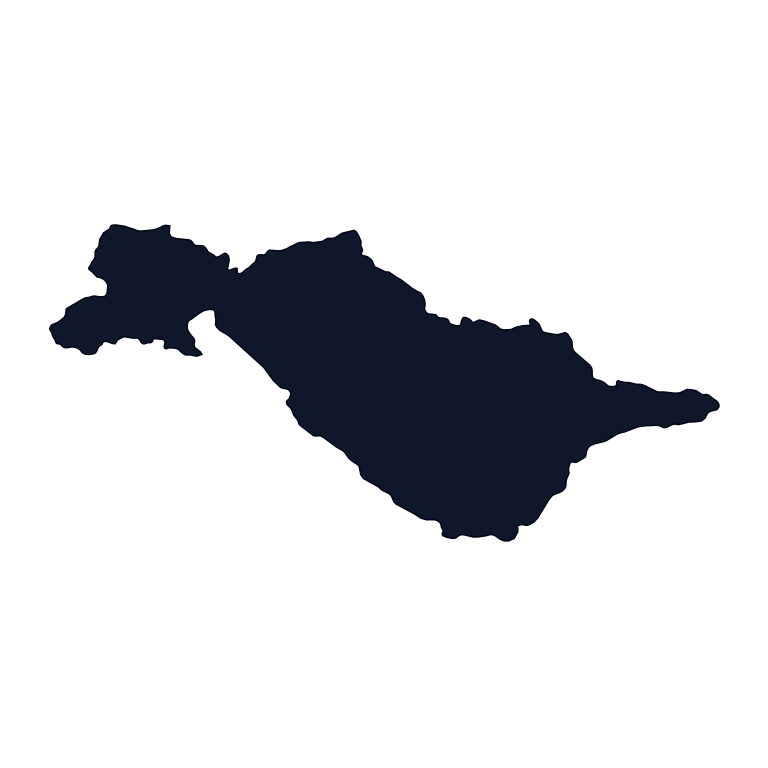 SVG path tracing the border of Lampang, rotated 91°
{"feature_id": "THA-391", "entity_name": "Lampang", "entity_type": "Province", "adm_level": 1, "iso_a3": "THA", "parent_name": "Thailand", "parent_adm1": "", "projection": "albers", "projection_center": [99.463, 18.356], "detail": "fine", "context": "isolated", "style": "filled", "palette": "ink", "viewbox_px": 768, "rotation_deg": 91, "n_neighbors": 0, "source": "natural_earth", "source_scale": "10m", "svg_char_len": 6142}
<svg xmlns="http://www.w3.org/2000/svg" viewBox="0 0 768 768"><g transform="rotate(91 384 384)"><path d="M416.3,71.5L416.8,78.8L419.3,88.0L419.5,89.1L419.0,92.4L419.3,94.2L420.1,96.4L422.2,100.4L422.7,102.5L422.7,104.0L420.9,107.5L420.5,111.1L421.3,123.2L422.5,129.9L427.8,142.9L428.5,146.2L429.8,149.7L436.7,160.7L437.6,162.8L439.9,171.8L442.3,177.3L444.8,179.2L447.9,180.4L452.6,181.1L453.7,181.7L458.8,190.0L459.0,191.0L458.6,194.1L458.7,195.0L459.3,196.3L460.0,196.6L463.8,197.8L465.5,198.0L467.0,198.0L470.0,197.4L475.4,199.7L478.6,200.3L482.6,200.4L485.3,201.4L487.6,203.6L489.3,206.4L490.8,210.4L492.1,213.1L492.8,214.0L496.7,217.1L515.3,228.0L519.3,231.6L521.8,235.7L522.8,238.2L522.8,239.8L522.1,243.0L522.2,244.1L523.0,247.1L523.7,247.8L524.7,248.2L526.4,247.7L529.5,247.7L536.0,251.1L538.8,256.9L538.7,261.1L537.6,264.2L536.1,266.9L534.3,269.2L533.0,272.0L532.6,274.8L534.0,279.6L535.3,287.7L535.4,292.4L533.5,300.6L533.2,304.1L534.4,306.8L536.5,309.4L537.2,311.7L537.0,314.1L536.1,318.9L534.6,322.6L532.8,323.2L530.0,322.3L529.1,322.4L526.7,323.9L523.5,324.6L522.2,325.2L521.0,326.2L519.6,328.6L519.0,330.2L518.8,332.1L519.0,339.2L517.5,344.7L513.2,351.5L504.0,369.6L501.6,372.0L496.1,374.5L493.9,376.3L490.2,383.9L489.4,385.1L487.2,387.3L479.3,402.1L478.2,403.5L475.1,405.6L466.5,407.5L464.9,409.3L461.5,414.6L459.2,417.6L453.1,422.0L451.6,423.6L447.5,430.9L438.8,443.1L437.5,445.4L436.8,447.1L437.1,450.9L437.0,453.0L436.5,454.1L426.9,467.0L425.3,468.4L422.7,469.1L421.3,469.9L417.0,473.5L411.1,475.9L409.8,476.8L406.8,480.0L405.7,480.8L403.7,481.2L402.7,480.9L400.0,478.3L396.0,477.1L394.8,477.1L393.6,477.6L391.7,478.9L390.9,480.1L389.7,486.1L388.9,487.7L382.4,494.7L369.3,504.7L339.0,539.4L336.8,542.6L333.7,548.2L332.9,549.4L330.3,552.0L327.8,553.5L322.5,553.2L319.4,553.9L315.5,554.2L313.8,554.7L313.0,555.6L312.5,556.6L312.5,559.0L312.7,561.4L313.8,565.6L317.4,571.3L321.6,576.5L323.6,579.7L324.2,580.4L326.0,581.4L329.4,581.8L331.9,581.7L333.9,581.0L337.1,579.0L342.2,574.7L344.1,574.0L348.6,574.6L349.9,574.2L351.3,573.2L355.2,568.0L357.6,566.6L359.3,571.2L359.3,572.7L358.3,578.1L358.4,582.7L357.8,584.3L356.0,586.9L353.2,589.9L352.5,591.2L351.9,592.9L351.5,598.5L351.7,600.1L352.5,602.0L352.5,603.0L352.0,603.9L350.6,604.5L347.3,603.8L345.3,603.8L343.8,604.9L343.3,606.1L342.6,614.3L343.0,615.1L343.7,615.7L345.6,616.4L346.3,617.1L346.7,618.0L347.0,621.3L348.0,624.3L348.0,625.4L347.5,626.6L346.1,627.8L343.2,629.6L342.8,630.5L342.4,631.8L342.4,636.7L341.3,644.0L341.5,645.5L344.4,650.8L345.8,652.1L348.4,653.5L348.4,654.9L348.0,657.1L346.5,661.0L346.2,664.6L347.5,666.0L349.3,666.8L351.6,669.8L352.4,670.4L356.2,671.9L357.8,673.0L358.8,674.7L359.6,678.9L359.7,680.5L359.4,683.2L358.0,686.1L355.0,688.6L353.4,691.1L352.5,694.2L352.4,696.7L353.3,702.3L353.2,703.6L352.9,704.8L352.2,706.0L350.0,708.0L349.1,712.1L348.3,712.7L345.4,713.7L343.2,715.4L341.3,716.3L338.1,717.1L336.9,718.3L334.7,719.3L332.3,718.4L330.8,717.4L328.2,711.5L327.1,709.8L322.9,704.9L320.7,703.7L314.3,702.9L304.1,686.2L303.3,684.4L302.3,679.5L301.5,677.7L301.1,674.9L301.8,670.2L301.7,666.6L301.1,664.5L299.2,662.9L296.8,662.3L290.5,661.9L288.5,662.5L286.8,663.5L284.8,665.4L283.7,667.0L282.8,668.9L281.8,673.0L277.1,677.6L274.1,681.3L273.2,681.2L266.3,677.4L264.1,675.9L262.2,675.1L259.8,675.0L257.5,675.2L256.3,675.0L255.0,674.4L253.4,672.9L251.0,671.4L245.0,670.8L244.0,670.5L237.7,666.9L234.4,661.9L233.5,661.0L230.6,659.8L230.0,658.3L229.6,655.6L230.7,646.7L233.8,636.4L235.1,633.2L235.4,630.0L234.1,618.5L233.2,614.4L231.4,610.4L229.7,607.6L229.2,605.2L229.6,600.9L236.6,601.4L237.6,601.1L240.1,599.7L241.2,598.0L242.2,594.0L243.4,581.1L243.9,579.8L245.4,578.2L247.7,576.6L248.4,575.6L248.9,574.1L248.9,568.9L249.2,567.1L250.5,565.3L252.6,563.6L254.3,562.7L255.6,561.4L257.9,556.7L259.8,554.7L260.2,553.9L259.4,551.0L256.2,546.0L256.2,544.9L256.5,543.8L257.7,542.6L258.8,541.9L261.1,541.2L263.3,541.0L271.1,542.4L272.1,542.3L272.8,541.6L273.0,540.5L271.0,535.5L270.7,533.7L271.2,532.9L272.4,532.7L274.6,532.8L275.5,532.4L276.1,531.7L276.3,530.5L275.9,528.8L275.3,527.8L271.4,523.4L270.0,520.9L266.6,517.7L264.7,515.4L263.2,514.3L258.8,513.3L257.9,512.9L257.3,512.1L257.0,511.2L257.1,506.5L256.9,505.5L255.7,504.1L253.3,502.5L252.2,500.9L252.7,491.9L252.5,489.1L250.4,483.3L248.3,480.1L247.2,477.4L244.8,473.0L244.1,471.1L243.3,461.7L243.9,457.1L242.5,448.1L239.5,443.3L239.3,442.2L239.4,438.8L239.0,436.6L238.2,434.8L234.0,428.5L231.0,417.0L231.4,415.6L232.6,414.2L236.2,412.0L241.3,409.7L242.4,409.4L245.6,409.8L250.1,407.9L251.2,407.9L254.0,409.2L254.9,408.9L255.7,407.9L257.1,402.8L259.1,399.8L261.2,397.9L266.4,395.8L267.3,394.6L269.3,389.8L271.6,385.3L272.0,383.1L272.0,381.0L277.1,373.3L279.3,369.2L288.1,357.2L291.1,352.0L292.2,349.1L295.2,346.7L299.5,344.9L303.6,344.3L308.1,344.9L310.5,344.0L312.8,341.9L313.3,339.9L313.8,333.4L316.3,331.3L316.9,329.9L317.2,324.9L317.6,322.9L318.8,321.1L322.0,319.5L322.8,318.4L323.5,316.7L324.4,313.2L324.7,311.2L324.1,309.1L323.2,308.4L319.7,307.6L316.9,306.4L316.2,305.8L316.1,304.5L316.4,302.7L317.8,299.7L318.9,298.3L320.7,296.8L321.0,295.8L320.4,294.2L318.4,290.2L318.6,288.1L319.3,285.0L323.0,274.0L324.0,272.4L327.1,268.7L327.8,265.0L327.4,258.5L327.0,257.0L325.5,254.5L324.8,252.6L323.3,246.2L322.9,239.9L322.1,238.9L321.4,238.7L319.5,239.5L317.5,239.4L316.4,238.1L316.5,236.7L317.3,234.9L319.8,231.7L321.3,230.3L322.7,229.4L328.0,227.0L328.8,226.5L329.6,224.6L330.3,221.9L331.6,213.0L331.6,210.9L329.5,203.7L330.9,201.2L337.4,197.0L344.9,196.1L347.6,194.9L349.0,193.7L361.6,178.6L364.1,176.8L366.3,176.2L372.2,175.9L374.2,175.4L375.9,172.4L376.9,168.0L377.9,165.4L379.7,162.7L381.8,160.3L382.4,158.9L382.7,155.9L382.3,152.7L381.7,152.0L380.9,151.5L377.8,151.3L377.1,150.8L376.8,149.8L378.2,143.6L378.3,138.8L379.9,131.7L379.9,127.7L380.3,125.7L381.2,123.1L386.8,111.3L387.2,109.6L387.1,104.3L388.1,93.5L387.9,89.9L387.6,87.7L384.4,81.6L384.1,79.4L385.1,72.5L385.5,71.4L388.6,66.6L389.0,65.7L389.1,63.5L388.8,61.4L389.5,59.3L396.1,50.2L398.6,48.8L400.9,48.7L403.8,50.7L405.5,56.9L407.3,59.9L412.5,62.4L415.4,65.9L416.3,71.5Z" fill="#0f172a" stroke="#020617" stroke-width="1.5"/></g></svg>